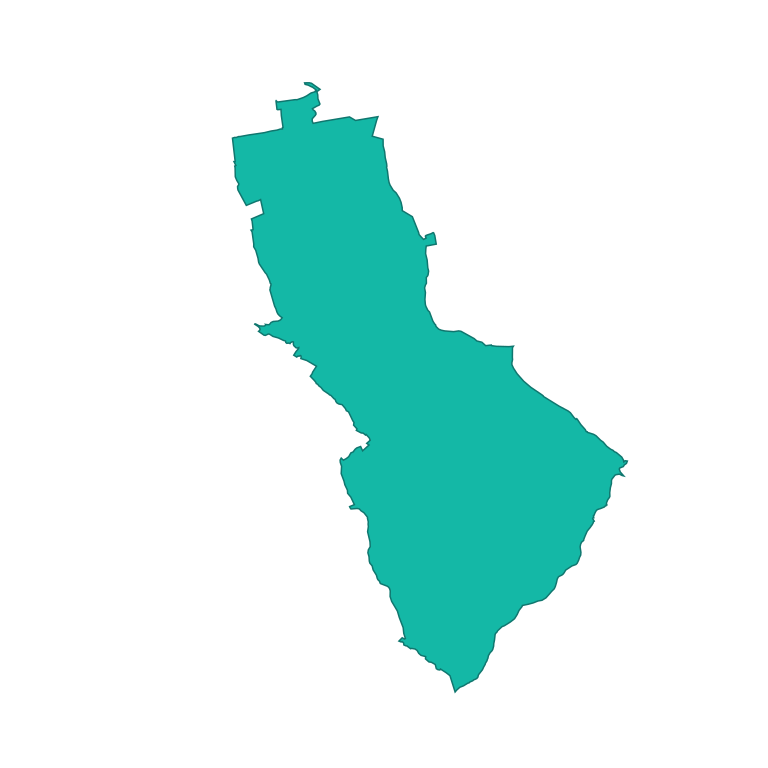 Basesti, Maramures, Romania (orthographic projection), rotated 212°
{"feature_id": "2599482B19059750239564", "entity_name": "Basesti", "entity_type": "district", "adm_level": 2, "iso_a3": "ROU", "parent_name": "Romania", "parent_adm1": "Maramures", "projection": "orthographic", "projection_center": [23.105, 47.497], "detail": "fine", "context": "isolated", "style": "filled", "palette": "teal", "viewbox_px": 768, "rotation_deg": 212, "n_neighbors": 0, "source": "geoboundaries", "source_scale": "gbopen_adm2", "svg_char_len": 6171}
<svg xmlns="http://www.w3.org/2000/svg" viewBox="0 0 768 768"><g transform="rotate(212 384 384)"><path d="M554.8,592.2L575.4,574.0L582.2,567.5L584.2,568.9L585.4,570.9L584.6,575.5L584.7,577.0L585.7,577.6L585.6,577.9L587.3,578.8L589.6,579.0L590.6,579.6L588.2,584.1L586.8,586.1L586.7,587.5L591.2,590.9L593.4,594.1L596.0,596.5L595.6,596.9L594.4,600.0L604.8,600.6L606.9,599.9L610.9,597.3L609.7,596.3L606.6,597.3L602.8,597.6L602.5,597.9L597.2,597.4L597.1,597.2L597.5,596.0L596.9,595.8L600.1,592.1L602.3,587.3L604.2,584.2L608.4,579.0L610.1,578.0L623.2,567.1L624.0,566.7L625.6,567.1L625.6,566.8L620.3,560.2L619.5,560.3L616.9,562.3L613.2,557.1L605.6,548.1L606.0,547.6L605.3,546.5L607.1,545.2L609.2,542.7L613.8,538.7L618.7,533.7L630.7,523.5L637.3,517.5L638.4,516.8L640.0,514.7L641.3,514.0L642.8,512.2L628.1,493.8L629.1,493.1L625.4,490.8L626.1,489.7L624.9,488.5L619.9,480.9L616.8,478.7L613.3,476.9L612.8,475.8L612.9,474.0L611.8,472.4L610.6,471.1L595.4,462.5L588.9,471.6L587.8,472.7L586.4,475.0L576.3,464.7L583.9,453.7L582.2,452.3L576.8,445.5L578.3,444.0L576.6,443.2L575.8,442.3L568.7,433.8L567.2,431.3L563.6,429.4L557.5,423.9L554.8,420.8L553.3,419.7L543.7,415.4L541.8,414.9L536.3,411.4L533.7,409.1L532.9,409.0L532.3,408.0L531.6,405.6L530.7,403.9L530.7,403.4L518.1,392.1L515.4,390.4L513.1,388.4L511.2,387.2L508.7,386.5L505.5,386.2L505.7,383.6L507.1,381.3L511.1,378.3L512.4,376.3L512.7,373.7L513.6,372.9L515.9,371.8L515.6,371.7L515.6,370.9L516.2,369.7L519.3,367.8L520.8,367.2L524.7,366.9L525.3,366.6L525.3,366.2L521.1,366.1L518.9,365.5L518.0,364.5L517.9,363.4L518.3,362.2L511.6,361.8L510.3,362.4L508.6,365.1L507.5,365.6L503.4,365.5L497.9,367.1L492.3,367.7L490.7,368.2L490.2,368.2L489.3,367.2L488.0,367.0L486.7,368.1L485.1,368.5L485.2,369.5L484.2,371.2L483.1,371.6L481.8,369.5L480.7,368.7L477.8,368.1L476.3,368.7L475.6,369.7L475.3,369.1L475.3,368.2L475.8,365.0L475.8,360.6L472.3,360.6L471.7,362.2L470.8,362.5L470.1,363.8L469.5,363.9L468.4,362.8L468.0,361.5L461.9,363.0L450.7,363.3L450.8,356.2L450.4,354.6L450.6,351.5L444.7,350.0L442.7,349.3L441.7,348.5L439.9,348.6L438.4,347.9L435.7,347.7L432.0,346.4L425.6,346.2L424.5,345.9L422.9,346.2L418.6,345.0L417.4,345.1L415.4,343.6L413.8,343.0L411.7,343.1L408.6,344.3L403.7,342.7L401.8,341.4L399.3,341.6L391.0,336.3L389.1,335.5L388.0,333.0L383.1,331.6L382.9,330.0L377.4,330.4L375.6,331.3L372.6,330.9L372.4,331.7L368.0,330.5L365.9,329.0L367.2,324.5L364.4,324.3L366.7,316.0L370.7,318.6L373.2,315.4L373.9,313.4L374.2,310.0L375.6,308.0L375.4,303.7L376.5,300.7L378.1,297.9L381.0,298.5L380.9,296.2L379.5,294.3L376.4,291.8L372.8,285.3L366.4,280.4L363.8,277.8L358.8,274.6L356.9,272.0L352.2,270.5L345.2,266.0L348.2,261.8L347.2,261.1L345.8,260.5L340.8,264.2L338.7,265.0L336.4,264.3L332.8,264.2L327.4,262.3L326.9,261.4L324.3,258.8L323.2,256.7L321.7,254.8L319.6,250.0L312.3,242.8L309.5,238.8L309.4,235.1L308.2,232.3L305.2,229.6L302.6,226.0L301.1,224.6L297.7,223.5L294.7,220.6L289.2,217.9L286.6,215.5L285.4,214.8L283.2,214.3L281.8,213.1L281.2,212.9L273.9,214.3L272.3,214.1L270.8,213.4L269.1,211.9L266.2,207.0L262.3,203.7L252.4,198.6L247.2,194.0L238.6,187.5L235.1,183.0L231.0,179.5L231.4,178.6L234.1,178.4L235.1,173.9L232.7,174.3L232.2,175.1L230.3,174.9L228.8,173.2L226.6,173.6L225.8,174.0L221.1,173.6L220.5,174.4L217.3,175.7L214.8,175.6L211.8,174.0L208.8,173.5L204.2,174.9L203.2,172.9L198.6,172.1L196.4,173.1L191.9,173.3L188.8,170.3L186.9,170.3L185.1,171.1L185.1,172.2L178.3,172.1L173.5,171.6L160.5,160.5L160.1,163.1L159.0,167.0L156.6,170.2L154.5,174.5L153.4,175.8L153.3,176.7L151.5,179.3L151.1,180.8L150.5,181.4L149.3,183.3L149.0,184.9L149.8,187.5L149.1,193.8L149.5,196.8L149.6,199.7L150.0,201.0L150.0,203.9L150.4,205.0L150.5,206.3L151.5,209.0L151.6,212.4L151.1,214.7L151.1,216.4L152.1,219.8L153.3,221.9L154.6,225.4L157.1,230.6L157.1,232.1L156.7,233.7L156.9,234.8L155.3,240.8L153.8,242.8L150.7,249.2L148.9,254.1L148.9,259.1L149.5,263.5L149.0,268.5L149.3,269.5L145.0,273.6L141.4,277.5L138.4,281.6L135.4,284.3L133.3,288.5L131.9,297.1L131.1,300.5L131.4,303.0L132.5,307.0L133.7,310.3L133.9,312.6L133.6,313.6L131.9,316.2L131.4,317.5L131.2,319.3L131.3,322.5L128.2,329.3L125.6,332.6L125.2,334.3L125.6,338.0L126.3,340.7L126.5,343.1L127.8,345.6L131.4,349.8L132.4,352.5L132.6,354.6L131.8,357.1L132.3,358.3L133.0,362.0L133.7,366.9L133.1,371.8L133.0,373.2L133.2,373.6L132.9,374.1L133.0,377.1L133.4,378.1L133.0,379.1L135.7,380.4L135.8,381.6L135.3,381.8L136.6,383.4L136.3,383.9L136.8,386.7L136.9,389.5L136.1,391.1L134.3,393.2L132.0,396.4L131.7,397.8L131.2,398.4L131.4,398.9L130.9,399.6L131.7,400.0L132.4,401.4L132.9,404.5L132.7,407.1L132.9,408.4L135.0,411.5L137.1,416.1L138.3,420.0L139.9,422.6L140.3,424.0L139.8,429.0L139.2,430.0L136.6,432.3L133.5,432.6L132.0,433.1L137.0,434.6L139.4,436.5L139.6,437.6L137.3,440.8L137.3,442.8L136.3,445.1L136.8,447.6L138.9,446.7L139.3,445.0L140.7,446.4L143.6,448.0L150.6,449.0L152.8,448.7L154.7,449.1L157.2,448.8L162.1,449.2L167.3,450.9L170.6,451.1L176.8,452.5L179.6,452.4L185.9,450.8L186.3,451.2L187.4,450.9L189.2,452.0L195.6,453.9L201.4,456.5L202.2,456.7L202.5,455.7L205.0,456.2L210.7,458.4L213.5,458.7L223.8,458.0L242.1,457.9L242.6,458.3L244.3,458.5L257.7,459.0L267.1,460.4L276.5,463.2L282.5,466.0L285.7,468.1L286.8,469.7L287.9,472.8L289.3,474.7L294.3,482.9L294.3,484.6L297.8,481.9L308.7,475.5L312.7,473.7L313.7,473.5L313.8,473.8L318.1,470.4L323.1,471.3L328.1,469.7L331.6,470.3L346.6,469.5L348.8,468.6L352.7,465.3L360.6,461.2L363.9,460.0L366.7,459.5L370.5,460.4L371.4,461.4L372.9,461.8L375.8,463.2L383.6,469.2L385.8,469.7L389.7,472.1L391.1,473.4L394.1,477.4L397.3,483.5L400.5,487.0L401.3,489.8L401.4,491.9L404.6,496.8L404.3,498.8L404.5,500.0L406.0,503.4L408.4,505.7L413.1,512.0L417.8,516.6L420.1,520.7L421.3,523.4L413.8,530.3L419.6,536.8L422.0,538.5L422.6,538.4L423.8,536.3L426.4,533.2L426.9,532.0L427.1,532.1L427.3,531.5L427.0,531.0L425.6,530.1L427.0,527.6L430.0,528.3L433.4,529.3L434.9,530.8L448.6,540.9L460.4,540.7L462.0,543.2L465.8,547.1L469.3,549.7L475.0,552.5L478.9,553.2L484.3,555.9L486.5,557.6L489.1,560.4L493.8,566.3L496.8,569.3L496.9,570.1L498.5,572.2L503.0,576.7L506.5,581.3L510.9,585.5L514.5,591.1L525.3,587.9L530.0,603.8L530.8,607.5L547.8,592.4L554.8,592.2Z" fill="#14b8a6" stroke="#0f766e" stroke-width="1.5"/></g></svg>